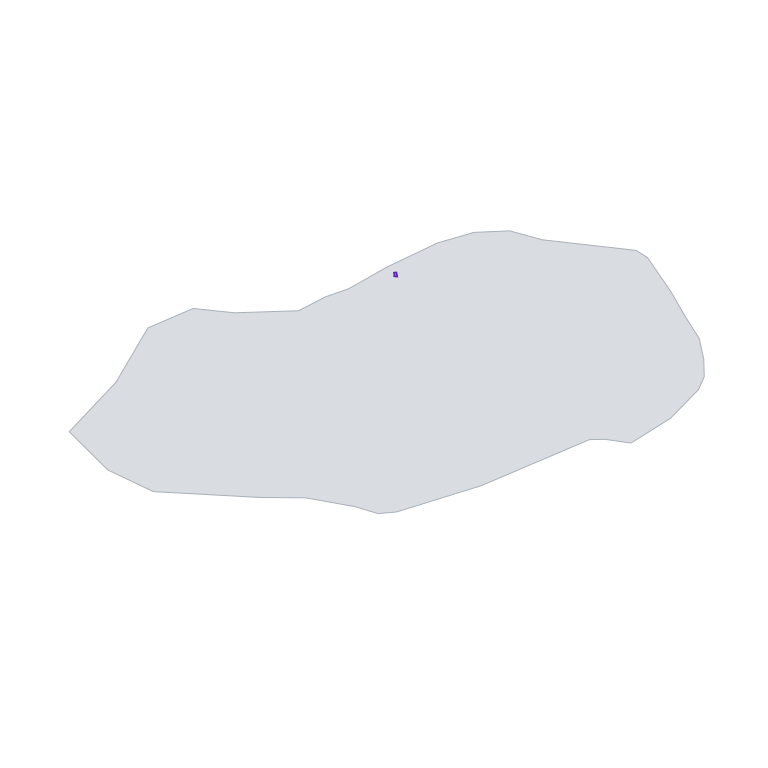 location of 25, Ad Dawhah, Qatar, rotated 257°
{"feature_id": "91078587B27846098888320", "entity_name": "25", "entity_type": "district", "adm_level": 2, "iso_a3": "QAT", "parent_name": "Qatar", "parent_adm1": "Ad Dawhah", "projection": "equal_earth", "projection_center": [51.531, 25.268], "detail": "fine", "context": "in_parent", "style": "filled", "palette": "violet", "viewbox_px": 768, "rotation_deg": 257, "n_neighbors": 0, "source": "geoboundaries", "source_scale": "gbopen_adm2", "svg_char_len": 855}
<svg xmlns="http://www.w3.org/2000/svg" viewBox="0 0 768 768"><g transform="rotate(257 384 384)"><path d="M409.5,684.3L382.6,692.5L357.2,701.4L336.1,701.1L319.1,697.7L307.8,689.2L286.1,655.3L270.9,611.4L280.4,586.9L283.6,571.6L263.1,456.0L256.5,367.3L259.0,349.2L270.9,328.3L290.7,282.1L301.3,237.7L331.0,135.1L362.3,95.6L408.3,66.6L446.0,123.2L491.8,166.6L500.5,215.0L487.0,254.4L474.6,317.2L482.0,346.1L484.8,371.1L497.3,413.2L509.4,467.8L511.5,505.8L504.9,541.0L488.9,570.7L457.4,659.8L448.0,669.1L409.5,684.3Z" fill="#d9dde1" stroke="#a8b0b8" stroke-width="1"/><path d="M490.3,418.7L489.0,418.6L487.4,418.4L486.8,418.0L486.7,418.1L486.4,418.6L486.1,419.4L485.8,420.1L485.6,421.1L485.8,421.1L487.4,421.3L489.3,421.3L489.9,421.3L490.0,420.9L490.2,420.1L490.3,419.7L490.3,418.7L490.3,418.7Z" fill="#8b5cf6" stroke="#5b21b6" stroke-width="1.5"/></g></svg>